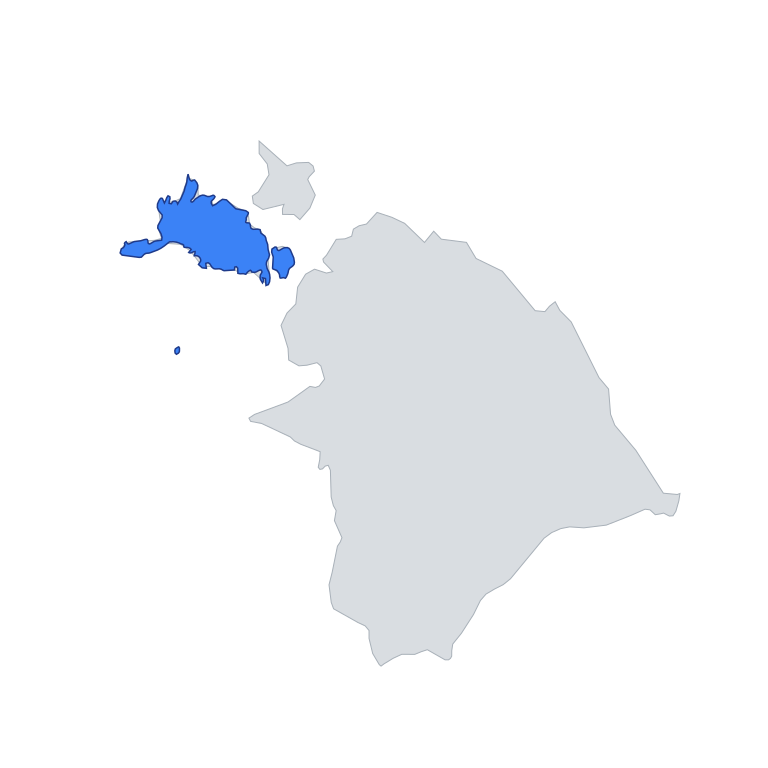 Saare on a map of Estonia (Mercator projection), rotated 50°
{"feature_id": "EST-2352", "entity_name": "Saare", "entity_type": "Municipality", "adm_level": 1, "iso_a3": "EST", "parent_name": "Estonia", "parent_adm1": "", "projection": "mercator", "projection_center": [22.596, 58.233], "detail": "fine", "context": "in_parent", "style": "filled", "palette": "blue", "viewbox_px": 768, "rotation_deg": 50, "n_neighbors": 0, "source": "natural_earth", "source_scale": "10m", "svg_char_len": 5966}
<svg xmlns="http://www.w3.org/2000/svg" viewBox="0 0 768 768"><g transform="rotate(50 384 384)"><path d="M598.2,567.6L595.9,568.0L583.2,565.9L569.3,559.0L563.2,553.9L557.2,553.9L549.9,557.3L523.8,567.1L517.4,564.8L502.5,555.2L495.0,544.8L478.3,523.9L476.9,519.0L474.7,515.0L456.8,509.8L450.2,502.0L444.7,501.0L436.6,497.1L415.6,480.5L410.4,479.0L409.1,481.8L409.5,485.7L408.2,488.0L405.5,487.9L400.6,481.8L394.8,476.4L376.7,486.5L370.1,489.2L364.4,489.8L335.6,503.1L326.9,510.2L323.3,509.4L324.1,502.7L336.1,469.1L338.2,442.3L342.6,438.7L343.9,434.9L342.0,426.3L329.6,420.8L324.6,421.6L320.1,430.9L315.4,437.5L304.4,441.6L295.0,434.6L272.9,425.2L267.3,412.7L266.0,400.1L254.3,387.9L249.5,373.5L251.4,363.4L262.0,356.8L265.0,351.0L251.7,351.9L249.0,350.5L248.4,345.3L242.5,327.6L247.7,320.6L250.0,313.8L245.7,307.9L246.8,301.3L250.2,294.6L248.1,279.0L261.4,270.8L274.3,264.9L301.6,262.0L298.9,247.7L309.9,247.0L328.5,229.8L347.0,232.8L373.6,220.9L425.0,221.1L432.0,214.2L430.8,207.3L431.0,200.0L440.6,202.0L456.8,200.7L517.3,215.2L532.2,215.2L552.8,229.9L563.9,233.7L596.7,233.7L647.2,240.2L657.2,230.3L658.1,227.7L663.0,233.2L669.1,242.2L670.7,247.3L668.6,250.3L662.6,252.8L661.2,255.6L658.5,260.2L651.4,261.1L647.7,264.5L643.3,279.6L635.0,304.4L622.7,323.3L612.8,333.6L608.4,341.5L605.6,351.0L605.0,360.5L614.5,412.3L614.3,421.6L612.1,431.2L610.5,440.9L611.8,449.3L618.1,463.6L624.7,484.9L627.4,498.5L631.8,503.5L636.0,507.1L636.9,509.4L636.8,511.8L634.6,514.5L615.4,521.6L613.0,527.6L610.9,534.2L602.5,544.1L600.0,553.3L598.4,563.8L598.2,567.6ZM168.5,380.0L175.0,384.2L180.9,382.9L186.9,379.9L200.0,382.7L229.8,403.9L232.6,409.6L214.8,412.2L210.8,418.7L206.5,423.2L201.4,424.7L192.8,433.8L181.2,442.5L178.8,447.7L157.7,446.7L146.2,450.0L137.0,459.7L133.1,478.4L126.3,493.0L119.4,498.3L112.2,499.1L110.5,493.6L111.2,488.1L126.4,467.5L129.5,460.8L122.0,457.8L115.6,450.7L101.8,442.2L99.3,435.4L102.6,434.9L105.7,433.0L109.3,427.3L111.1,420.7L100.0,401.6L105.7,398.6L112.7,399.3L119.9,404.9L127.8,398.3L131.2,397.4L136.7,399.7L142.3,387.0L155.6,382.8L162.1,378.9L168.5,380.0ZM196.3,344.0L188.9,352.7L184.5,349.2L182.1,345.1L172.5,364.6L161.7,368.0L155.4,364.1L156.0,356.8L149.8,337.6L140.4,332.0L127.2,331.5L117.6,323.5L154.5,318.1L158.3,309.0L165.8,299.3L171.4,298.2L176.2,300.5L177.1,308.0L178.3,311.0L195.1,315.2L201.6,327.7L204.0,342.8L196.3,344.0ZM234.4,392.3L226.9,394.1L209.0,381.8L213.2,373.4L218.3,370.1L233.5,375.2L235.6,387.9L234.4,392.3Z" fill="#d9dde1" stroke="#a8b0b8" stroke-width="1"/><path d="M224.2,400.2L226.4,401.1L229.4,403.1L232.1,405.9L233.5,408.7L232.7,411.1L227.0,407.0L224.8,408.7L226.0,409.0L227.0,409.5L227.9,410.5L228.5,412.1L224.6,411.5L222.8,410.5L221.0,408.7L220.7,407.8L220.3,406.6L219.8,405.5L218.9,405.0L217.5,405.0L217.3,405.3L216.8,406.3L216.6,406.9L216.1,409.4L215.8,410.4L215.1,411.6L214.5,412.2L213.1,413.4L212.5,413.3L211.7,413.0L210.9,413.3L210.6,415.2L210.6,416.3L210.7,417.4L210.9,418.4L211.1,419.3L209.0,420.9L207.1,423.4L205.3,424.8L201.2,421.6L199.2,421.7L198.5,423.2L200.5,425.3L194.4,433.7L193.0,434.4L191.5,434.9L190.0,435.9L187.4,439.3L186.1,440.3L184.1,440.7L179.9,440.2L178.0,440.8L177.0,443.0L181.2,445.7L178.1,448.6L173.2,449.3L171.9,445.3L170.6,444.3L168.9,443.9L167.2,444.0L165.7,444.7L164.3,446.2L163.8,446.9L163.4,446.5L162.3,444.7L161.1,443.6L160.3,444.8L159.5,447.7L158.8,448.3L158.5,448.7L158.3,448.9L157.6,449.0L157.6,448.4L157.1,445.8L157.1,445.3L155.8,445.2L154.2,445.9L152.7,447.1L151.7,448.4L150.8,449.2L149.7,448.8L148.7,448.2L147.7,448.4L147.0,448.9L145.3,449.9L144.6,450.1L141.9,451.8L139.3,454.2L138.1,456.0L137.4,456.5L137.2,457.4L137.0,463.8L136.6,467.6L135.8,471.3L133.3,478.4L132.6,479.9L131.6,481.3L130.7,482.8L130.5,484.5L130.9,488.3L129.7,490.1L116.9,501.8L114.0,501.9L111.6,498.3L112.0,496.3L111.7,494.5L110.8,493.0L109.5,492.5L109.3,492.2L109.1,491.5L109.1,490.7L109.2,490.0L111.6,490.3L112.3,490.0L112.9,488.9L113.9,485.2L114.4,483.7L117.9,478.3L119.4,474.7L120.3,473.1L121.2,472.5L122.6,472.9L123.7,473.7L124.8,474.2L125.9,473.7L126.4,472.5L126.9,468.9L127.5,467.3L130.9,461.9L128.9,459.7L125.4,458.2L119.1,457.1L117.3,455.3L114.0,447.1L112.0,445.3L106.1,445.2L103.1,444.2L100.5,441.8L99.0,438.8L98.3,436.8L98.3,435.3L99.4,434.5L104.2,435.9L103.1,433.3L101.6,430.6L101.0,428.5L102.9,427.7L104.6,428.9L106.0,431.1L107.5,432.5L109.2,431.1L108.4,428.1L109.6,426.3L111.6,425.7L113.5,426.4L112.7,424.4L111.6,420.7L107.6,412.8L105.7,410.3L103.5,406.6L102.3,405.0L99.8,402.5L97.3,399.2L102.1,401.4L103.6,401.4L104.9,400.9L105.1,400.3L105.2,399.4L106.0,397.9L109.5,398.0L112.1,398.9L114.4,401.2L118.3,408.6L118.8,410.4L119.0,412.7L119.2,413.8L119.6,414.3L120.1,414.5L120.6,414.6L121.4,413.9L121.5,412.4L121.0,409.8L121.5,405.3L121.9,403.3L122.8,401.4L124.0,400.3L126.9,398.7L128.1,397.3L129.1,394.9L129.5,393.6L130.2,393.1L131.8,393.0L132.1,393.4L132.4,394.3L132.7,395.3L132.8,396.1L132.9,398.2L133.3,399.2L134.6,400.2L137.3,400.7L138.2,397.3L138.3,392.5L138.7,389.0L141.7,386.3L154.5,384.9L162.4,378.5L165.4,377.7L166.4,378.6L168.1,382.7L169.1,383.6L169.7,384.0L170.7,385.6L171.3,386.0L172.2,385.6L173.8,384.0L174.4,383.6L176.3,384.2L177.8,385.2L179.3,385.8L181.3,384.9L184.3,381.1L186.1,379.7L189.3,381.3L194.2,380.2L196.2,380.7L198.2,381.9L202.3,383.4L206.6,386.4L211.5,388.7L213.4,391.4L214.7,395.0L215.4,396.0L216.7,397.3L220.4,399.3L224.2,400.2ZM237.9,387.2L239.3,390.0L239.6,391.5L237.7,392.8L237.0,394.3L236.1,395.4L234.7,394.9L233.3,393.9L231.7,393.3L228.5,393.0L227.3,393.5L224.6,395.1L223.6,394.9L215.5,387.2L210.8,385.3L208.6,383.1L209.0,379.4L210.1,378.5L212.9,379.5L214.2,378.8L214.5,377.8L215.1,374.2L215.5,372.9L217.3,370.4L219.2,369.5L221.2,369.6L229.4,372.1L233.2,374.4L234.5,375.9L234.9,377.6L234.9,379.3L234.7,381.0L234.8,382.4L235.5,384.0L237.2,386.1L237.9,387.2ZM226.9,519.2L227.8,520.1L228.2,521.7L227.8,523.9L226.0,524.1L224.1,522.9L223.0,521.3L223.1,519.8L223.3,518.4L223.6,517.4L225.0,517.6L226.9,519.2Z" fill="#3b82f6" stroke="#1e3a8a" stroke-width="1.5"/></g></svg>